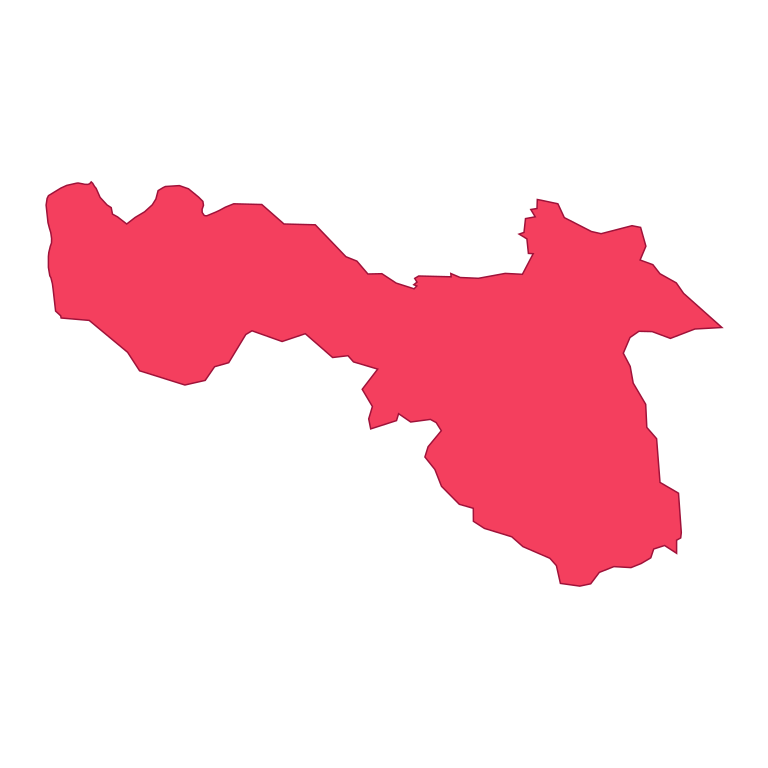 Gostivar, Gostivar, North Macedonia (orthographic projection)
{"feature_id": "65306769B11113266730381", "entity_name": "Gostivar", "entity_type": "district", "adm_level": 2, "iso_a3": "MKD", "parent_name": "North Macedonia", "parent_adm1": "Gostivar", "projection": "orthographic", "projection_center": [20.801, 41.759], "detail": "fine", "context": "isolated", "style": "filled", "palette": "rose", "viewbox_px": 768, "rotation_deg": 0, "n_neighbors": 0, "source": "geoboundaries", "source_scale": "gbopen_adm2", "svg_char_len": 2137}
<svg xmlns="http://www.w3.org/2000/svg" viewBox="0 0 768 768"><path d="M579.8,586.1L590.7,583.8L599.3,572.4L613.9,566.6L631.0,567.6L641.2,563.5L650.8,557.8L653.7,549.0L664.6,545.5L676.6,553.3L676.6,540.2L680.7,537.9L681.3,532.6L678.5,493.2L660.0,482.4L656.6,438.7L646.8,427.4L645.7,404.3L633.2,383.1L630.2,366.4L623.3,353.2L630.0,337.5L638.9,331.3L652.2,331.6L670.4,338.4L694.9,329.0L721.9,327.5L683.6,293.4L676.3,282.9L659.9,273.7L652.9,264.7L640.1,260.0L645.9,246.2L640.6,227.4L632.0,225.7L601.1,233.7L591.4,231.5L564.3,217.6L557.9,203.8L541.5,200.3L537.3,199.5L537.0,208.5L530.8,209.5L535.2,216.8L525.5,218.6L524.0,232.4L519.1,234.1L526.9,238.9L528.4,253.4L533.2,253.7L522.4,274.3L505.2,273.4L478.4,278.3L460.2,277.5L450.8,273.5L451.1,276.8L418.7,276.0L414.7,278.4L417.0,282.1L413.8,284.7L416.8,286.0L414.1,288.8L396.2,283.1L381.9,273.7L367.9,274.0L356.9,261.1L345.9,256.7L315.3,224.8L284.0,224.0L261.8,204.5L233.7,203.8L225.3,207.2L219.6,210.3L215.5,212.2L206.8,215.8L205.0,215.7L204.2,215.4L202.2,212.5L202.1,209.3L203.5,205.3L202.9,201.4L198.6,197.1L188.5,188.8L179.4,185.6L165.4,186.5L163.1,187.6L158.1,190.6L155.9,199.0L152.3,204.8L144.6,211.8L135.2,217.4L126.7,224.0L117.6,216.9L112.5,214.1L111.2,207.6L107.1,205.0L100.1,197.4L96.1,188.3L94.5,186.4L92.7,183.3L91.2,181.9L89.7,183.7L87.9,184.4L84.6,184.3L82.9,183.9L78.1,183.0L76.4,183.2L66.7,185.4L60.8,188.1L48.5,195.6L47.1,198.4L46.1,205.1L48.0,222.7L49.4,228.1L50.7,232.4L51.0,234.2L51.6,238.5L51.5,242.9L50.3,246.3L48.8,252.5L48.6,254.4L48.4,256.5L48.4,260.9L48.4,267.4L49.8,275.8L50.9,277.7L52.4,283.7L53.1,289.1L55.6,311.1L60.7,315.8L61.1,318.0L89.2,320.4L127.6,352.3L139.6,370.8L184.9,385.0L205.2,380.4L214.6,366.7L228.7,362.7L245.8,334.5L252.0,330.8L282.1,341.5L305.3,333.7L332.6,357.5L348.0,355.7L353.5,361.9L377.7,369.1L362.2,389.3L372.4,406.5L368.7,418.9L370.7,428.9L396.5,420.6L398.6,413.7L410.7,422.0L430.4,419.4L436.2,422.6L441.3,430.7L428.1,446.7L424.9,457.0L434.9,469.5L441.5,486.3L459.3,504.3L473.3,508.3L473.4,521.3L484.4,528.4L511.8,536.8L522.9,546.6L549.9,558.3L556.4,565.6L560.4,583.4L579.8,586.1Z" fill="#f43f5e" stroke="#9f1239" stroke-width="1.5"/></svg>